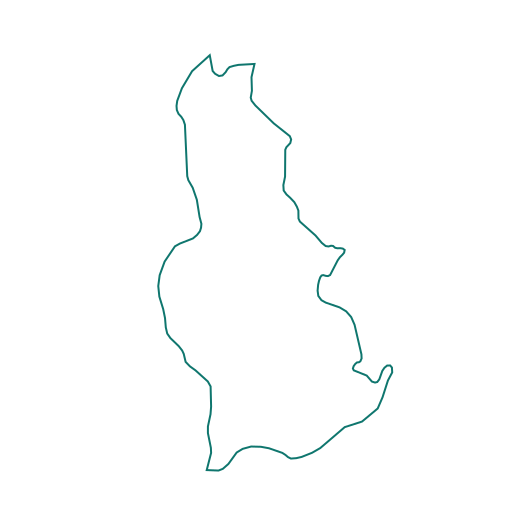 outline of Bolivar, rotated 166°
{"feature_id": "ECU-1277", "entity_name": "Bolivar", "entity_type": "Province", "adm_level": 1, "iso_a3": "ECU", "parent_name": "Ecuador", "parent_adm1": "", "projection": "mercator", "projection_center": [-79.147, -1.678], "detail": "fine", "context": "isolated", "style": "outline", "palette": "teal", "viewbox_px": 512, "rotation_deg": 166, "n_neighbors": 0, "source": "natural_earth", "source_scale": "10m", "svg_char_len": 1941}
<svg xmlns="http://www.w3.org/2000/svg" viewBox="0 0 512 512"><g transform="rotate(166 256 256)"><path d="M355.6,60.2L347.2,75.8L346.2,80.8L345.5,95.8L343.9,102.2L338.4,113.5L336.0,120.7L331.6,140.4L333.1,145.9L342.4,159.7L346.8,164.9L349.9,170.3L349.8,178.5L350.5,182.1L352.7,187.1L358.9,197.0L360.9,202.2L360.8,208.5L359.3,217.8L358.9,226.9L359.6,240.0L358.1,250.5L354.1,260.7L346.0,272.7L332.3,285.0L326.8,286.5L312.9,288.3L308.1,290.7L304.4,293.6L302.5,296.7L301.2,300.4L301.3,307.5L299.8,324.9L300.9,337.5L303.3,345.9L303.4,350.1L293.2,400.6L293.6,405.5L294.8,409.1L296.8,412.7L297.5,416.8L296.8,420.9L294.9,425.6L287.3,436.7L273.3,450.8L252.3,462.0L253.3,446.0L251.6,442.7L248.4,439.6L244.8,439.3L241.0,441.7L238.6,444.1L236.0,445.7L231.5,445.9L226.8,445.7L211.0,442.7L217.1,430.6L220.0,417.3L222.8,410.9L222.7,407.7L220.2,402.2L206.7,380.4L194.2,364.1L193.7,360.6L195.4,357.3L200.2,354.2L201.9,352.0L208.6,326.0L212.3,318.2L213.3,312.8L211.5,308.3L208.8,304.3L205.8,299.0L204.4,293.9L203.9,289.8L205.7,282.1L205.1,278.8L193.3,261.5L189.0,252.8L186.0,248.8L183.3,247.7L180.7,247.8L178.8,247.1L177.2,244.8L175.1,243.8L172.3,243.2L170.0,242.2L168.5,240.4L169.7,237.9L171.7,236.4L174.9,234.5L177.8,232.0L188.7,219.6L191.0,219.1L193.0,219.8L195.4,221.2L197.1,221.2L198.8,219.8L200.9,216.6L202.7,213.0L204.6,207.5L205.2,202.2L203.2,197.3L199.6,193.9L187.3,185.9L181.9,180.5L178.4,173.7L177.0,165.4L177.5,135.1L178.3,131.1L180.2,128.6L181.8,128.0L183.8,128.3L185.9,127.2L187.9,125.5L189.2,123.4L188.8,121.4L177.5,113.2L173.9,106.1L171.1,104.4L168.8,104.4L166.2,106.5L161.2,114.0L158.4,116.5L155.2,118.0L152.3,117.3L151.1,114.9L152.0,110.1L158.1,103.3L167.4,88.3L174.8,78.6L193.2,69.7L211.3,68.5L240.1,54.1L249.2,51.5L260.3,50.0L265.8,50.1L271.1,51.0L273.6,53.1L275.5,55.8L278.1,58.6L289.9,66.3L297.4,69.7L306.8,72.3L315.6,72.1L322.3,70.0L333.1,60.9L339.7,57.5L344.3,56.9L355.6,60.2Z" fill="none" stroke="#0f766e" stroke-width="2"/></g></svg>